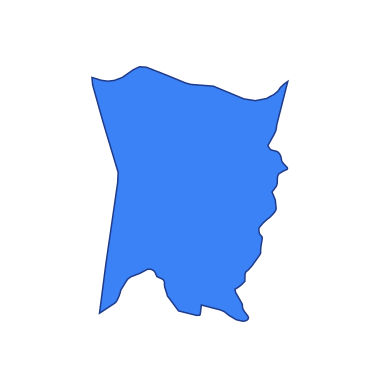 outline of Cartago, rotated 253°
{"feature_id": "CRI-1327", "entity_name": "Cartago", "entity_type": "Province", "adm_level": 1, "iso_a3": "CRI", "parent_name": "Costa Rica", "parent_adm1": "", "projection": "albers", "projection_center": [-83.788, 9.802], "detail": "fine", "context": "isolated", "style": "filled", "palette": "blue", "viewbox_px": 384, "rotation_deg": 253, "n_neighbors": 0, "source": "natural_earth", "source_scale": "10m", "svg_char_len": 1927}
<svg xmlns="http://www.w3.org/2000/svg" viewBox="0 0 384 384"><g transform="rotate(253 192 192)"><path d="M114.2,139.4L115.6,139.1L116.8,138.8L121.4,133.7L125.8,133.2L127.8,132.5L129.2,131.2L130.3,129.8L131.1,126.8L129.5,118.6L128.8,109.0L127.8,105.7L126.4,103.6L119.1,95.3L118.4,94.8L116.7,93.9L113.7,91.7L110.5,88.9L109.1,87.2L108.3,85.7L103.1,68.1L148.8,88.8L164.9,96.4L186.9,106.8L222.6,123.6L232.2,127.1L284.8,127.4L323.5,128.3L330.8,129.8L329.9,131.2L325.4,137.8L322.6,143.9L321.4,150.4L321.9,158.6L326.1,171.7L327.1,178.4L324.7,184.8L309.1,204.4L298.1,217.8L295.2,222.4L287.0,243.3L265.9,268.8L260.8,279.3L259.6,290.6L260.4,294.1L261.2,298.7L263.4,303.7L264.1,304.7L265.2,306.0L266.0,307.0L268.4,311.9L269.7,315.9L231.2,292.5L230.2,292.2L226.6,290.4L223.5,287.8L214.1,278.0L209.8,279.3L208.4,281.0L206.5,284.3L206.0,285.0L205.3,285.6L204.6,286.1L203.8,286.5L202.9,286.9L201.9,287.1L200.8,287.3L199.6,287.3L195.3,286.9L194.2,287.1L192.4,287.8L187.4,290.3L186.6,290.2L185.9,289.7L185.2,284.8L184.1,280.8L183.7,279.9L182.7,279.0L181.1,278.0L175.5,276.1L173.7,275.0L172.7,274.2L168.6,268.5L161.6,269.2L159.9,269.3L151.8,267.7L150.9,267.3L149.7,266.4L148.5,265.0L146.7,262.1L145.1,259.1L144.4,257.4L144.2,256.5L141.7,251.2L138.9,246.7L138.3,246.0L137.3,245.2L135.8,244.7L132.9,244.4L131.4,244.6L130.3,245.1L129.5,245.6L128.6,245.9L126.8,245.5L119.3,241.8L114.8,240.1L113.7,239.9L111.8,238.1L103.7,227.5L100.5,222.1L100.4,221.3L100.1,220.5L98.1,218.7L91.1,216.4L88.7,211.9L88.0,210.0L87.3,208.2L86.5,204.7L83.5,204.3L70.0,207.3L67.9,206.8L65.7,206.5L64.6,206.6L61.7,207.4L57.2,209.1L56.2,209.2L55.1,209.2L54.3,208.7L53.8,208.0L53.4,207.1L53.2,206.1L53.2,204.9L53.4,203.3L54.6,200.9L57.0,196.9L63.4,191.1L68.0,188.0L70.7,185.0L81.2,167.9L73.9,164.7L72.5,163.9L71.9,163.4L72.6,160.4L82.2,144.4L99.0,138.4L99.3,138.2L109.0,138.1L112.3,138.7L113.2,139.1L114.2,139.4Z" fill="#3b82f6" stroke="#1e3a8a" stroke-width="1.5"/></g></svg>